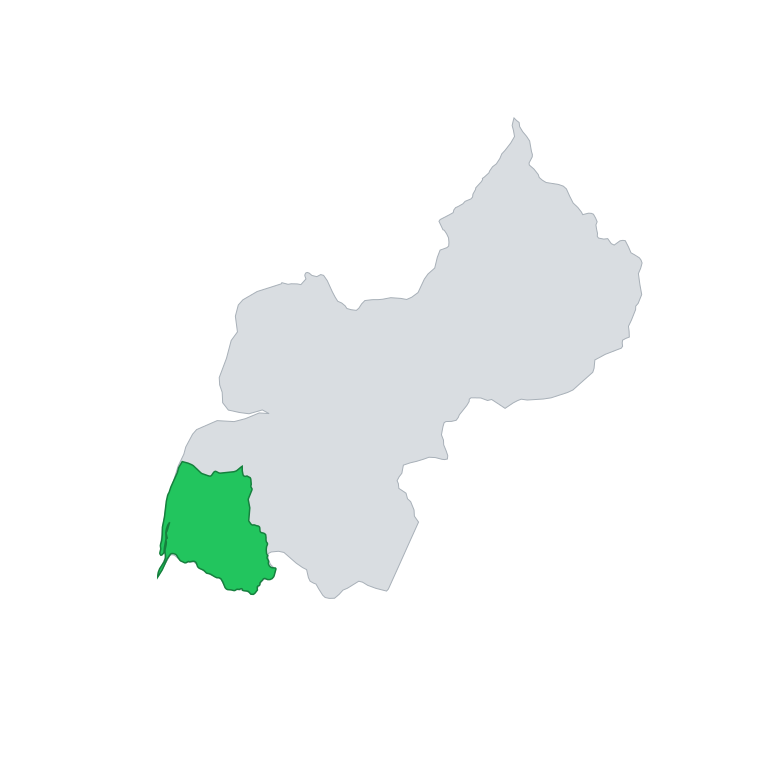 Barima-Waini highlighted on a map of Guyana, rotated 246°
{"feature_id": "GUY-675", "entity_name": "Barima-Waini", "entity_type": "Region", "adm_level": 1, "iso_a3": "GUY", "parent_name": "Guyana", "parent_adm1": "", "projection": "orthographic", "projection_center": [-59.909, 7.754], "detail": "fine", "context": "in_parent", "style": "filled", "palette": "green", "viewbox_px": 768, "rotation_deg": 246, "n_neighbors": 0, "source": "natural_earth", "source_scale": "10m", "svg_char_len": 6482}
<svg xmlns="http://www.w3.org/2000/svg" viewBox="0 0 768 768"><g transform="rotate(246 384 384)"><path d="M243.8,359.4L227.5,341.1L211.0,322.7L194.9,304.6L193.8,302.1L200.6,293.5L206.6,287.3L211.7,283.8L214.1,280.7L212.3,267.5L212.4,262.7L210.1,257.5L208.4,251.7L210.4,246.8L212.9,243.4L216.0,242.1L223.6,241.0L228.9,240.5L230.8,238.6L233.9,236.3L237.9,236.2L245.9,237.8L249.5,234.9L256.1,230.9L270.8,224.1L274.1,219.6L276.4,212.7L276.2,209.4L274.7,208.2L271.0,207.0L265.4,206.9L260.9,208.6L256.3,207.7L252.5,203.4L252.2,199.9L254.5,194.9L253.2,191.6L245.9,181.0L245.9,178.1L251.3,173.4L254.3,169.4L258.5,159.8L261.8,156.6L272.0,155.5L274.6,153.5L279.8,148.4L287.6,142.6L298.8,138.0L302.0,129.6L304.0,127.3L312.9,122.8L314.5,120.5L314.2,118.4L300.0,99.5L302.8,100.8L313.9,113.1L320.0,115.8L321.3,115.8L321.3,112.6L327.0,114.0L341.5,122.4L362.8,136.3L392.8,162.6L401.3,172.6L407.1,177.3L416.0,188.7L418.6,194.3L418.4,216.7L410.6,231.8L408.7,243.2L408.3,258.3L403.7,267.0L409.8,262.3L411.7,248.6L416.8,240.3L423.5,231.2L432.5,229.0L442.2,232.8L450.0,233.5L456.9,236.1L471.6,250.6L485.9,262.1L491.2,271.3L506.4,275.8L515.4,283.0L518.3,289.3L520.1,305.8L517.3,330.7L518.1,331.9L514.1,336.9L513.3,340.0L510.7,345.5L508.6,348.5L511.7,355.4L515.1,355.7L516.4,356.5L517.3,357.9L517.1,359.3L515.8,360.7L512.5,362.3L509.4,366.3L509.7,370.7L507.8,373.0L501.5,374.2L489.2,374.3L483.2,374.7L478.4,375.4L475.2,378.3L471.2,380.3L468.1,380.8L465.3,384.1L462.5,388.7L463.5,391.9L466.3,396.2L468.0,400.5L465.8,407.6L463.4,413.1L462.0,417.2L460.1,425.3L455.4,434.1L452.0,439.1L452.0,444.6L453.7,452.3L463.4,463.5L466.6,468.9L469.3,477.5L478.0,484.2L483.5,489.7L483.0,497.0L483.7,499.2L487.1,501.0L491.3,502.4L495.8,502.3L499.9,501.6L500.9,500.6L510.3,500.4L511.4,502.2L512.0,512.7L512.4,516.9L514.6,518.6L516.0,521.1L516.0,523.5L516.5,529.3L517.9,532.4L517.7,538.6L518.7,540.9L521.3,542.5L524.6,546.9L525.8,547.5L526.5,549.0L529.3,555.4L530.7,557.3L531.8,557.5L532.2,559.7L534.2,565.7L535.6,567.1L538.3,571.5L539.4,576.2L542.9,581.6L546.4,585.3L548.0,589.2L552.6,597.8L557.0,603.9L563.0,605.4L568.0,606.2L571.1,608.5L574.2,611.0L570.9,612.2L568.0,613.8L563.9,612.6L558.2,613.3L552.2,615.0L546.8,615.9L536.5,613.3L533.3,612.9L531.2,611.8L526.9,606.4L524.9,605.8L519.4,608.4L512.7,610.1L509.5,609.8L505.7,611.6L502.1,614.1L495.3,624.6L491.8,628.3L488.0,630.0L480.5,630.0L472.4,630.4L466.4,632.9L460.7,634.3L457.9,634.4L456.9,640.2L455.6,642.8L453.9,644.4L449.5,644.8L445.5,644.7L443.1,642.3L438.7,641.1L434.7,640.3L432.2,638.9L430.1,639.3L428.4,641.7L427.0,643.7L425.8,647.5L419.8,648.7L417.3,650.8L418.8,657.8L418.1,660.6L416.8,662.7L409.6,663.1L403.4,663.0L399.9,665.6L395.4,668.6L392.8,669.2L389.6,669.0L385.4,665.6L381.4,661.3L371.1,658.3L360.9,655.8L354.3,649.0L352.7,645.6L349.6,644.1L341.7,636.0L337.3,630.8L332.6,629.4L327.1,627.2L327.3,623.4L327.0,619.8L324.6,618.3L321.4,617.3L320.2,615.3L320.5,610.5L321.1,598.2L320.2,586.4L312.9,582.3L309.8,579.5L304.3,562.1L301.7,554.2L301.6,548.4L303.4,531.0L305.5,523.4L311.1,508.3L314.3,503.2L314.5,499.4L314.2,494.4L312.5,484.7L322.1,478.6L326.1,476.0L326.8,471.9L331.9,466.7L334.2,461.8L336.0,457.9L335.5,455.8L333.3,454.6L330.7,450.9L325.2,440.3L323.2,438.2L321.5,435.2L322.4,430.4L324.5,425.3L324.2,423.2L320.9,420.4L314.2,415.8L308.5,415.5L304.2,413.8L297.8,413.6L292.6,413.1L289.7,411.4L290.3,408.6L291.6,406.4L295.9,401.0L298.8,395.3L299.2,389.7L300.1,382.3L301.3,376.0L302.0,368.7L295.2,364.0L293.1,360.1L290.3,356.6L287.2,356.6L282.6,355.1L275.3,359.7L269.6,358.8L265.7,360.5L256.7,360.2L250.9,358.0L243.8,359.4Z" fill="#d9dde1" stroke="#a8b0b8" stroke-width="1"/><path d="M296.1,139.7L297.7,139.6L299.0,138.8L299.8,137.5L300.5,134.3L301.4,133.2L301.5,132.3L301.3,131.4L301.2,130.3L301.8,129.1L303.8,127.5L304.6,126.6L305.9,125.9L309.8,125.1L311.4,125.0L313.0,124.5L314.4,123.1L315.4,121.4L315.5,119.8L312.4,114.8L304.4,105.8L299.7,98.8L301.2,99.5L303.8,101.2L306.5,103.9L310.9,110.7L313.8,113.5L316.0,114.6L319.7,115.6L321.6,116.6L325.9,119.7L328.1,120.9L330.4,121.4L331.1,122.5L331.3,123.3L331.6,123.5L332.1,123.4L336.4,124.3L337.0,124.8L338.0,126.1L344.9,132.0L343.1,129.1L340.4,126.5L337.2,124.3L331.4,122.0L324.3,117.1L319.7,114.5L319.0,113.7L318.1,111.5L318.3,110.5L320.1,110.2L321.3,110.8L324.1,113.0L327.2,113.9L328.7,114.9L331.2,117.1L336.3,120.1L343.3,123.3L351.5,129.2L365.5,137.5L370.2,141.0L371.3,142.1L372.4,143.6L376.6,147.4L387.1,159.2L391.1,162.4L393.4,165.6L395.2,168.1L391.4,172.8L388.5,175.5L386.9,176.6L377.5,180.5L376.4,181.1L371.8,185.9L370.9,187.0L370.4,188.0L370.5,188.6L370.6,189.1L370.9,189.7L372.3,192.0L372.6,192.5L372.8,193.1L372.9,193.8L372.8,194.5L372.2,195.2L370.3,196.7L369.6,197.4L369.2,198.0L364.9,211.2L364.8,212.3L364.7,213.4L364.8,214.4L366.4,220.1L366.5,221.0L362.3,219.2L358.9,218.4L358.3,218.3L357.7,218.4L356.8,218.7L356.4,219.1L356.1,219.4L356.0,219.8L355.7,221.3L355.5,221.6L354.5,222.3L352.9,223.6L352.0,223.7L350.9,223.5L346.3,221.9L345.2,221.0L344.7,220.8L344.1,220.6L341.9,220.8L341.3,220.5L340.9,220.2L334.5,213.6L334.0,213.2L333.5,212.9L325.4,211.0L314.3,204.9L313.5,204.8L312.4,205.0L310.1,205.5L309.2,206.0L308.6,206.5L308.5,206.9L308.2,207.9L307.8,208.5L306.8,209.5L306.3,210.0L305.6,211.1L305.1,211.6L304.5,211.9L303.9,212.1L303.1,212.0L300.1,210.9L298.9,211.0L298.2,211.4L297.8,211.9L297.5,212.3L297.1,212.9L296.6,213.4L296.1,213.9L295.5,214.2L295.1,214.4L294.5,214.6L291.8,213.8L289.4,212.7L288.0,212.4L287.1,212.4L286.1,212.7L285.5,212.6L284.9,212.3L283.1,210.5L280.7,209.1L277.9,208.1L276.7,207.7L275.3,207.8L274.4,208.0L273.5,206.9L272.6,206.4L271.6,206.4L270.3,206.5L269.2,206.5L268.4,206.1L267.6,205.5L266.6,205.2L264.6,205.2L263.0,205.8L261.7,207.0L260.0,210.0L259.0,210.1L253.7,205.8L252.8,204.9L251.7,202.6L251.7,200.3L252.6,198.2L254.5,196.5L254.9,196.0L255.0,195.4L255.1,194.8L254.9,194.2L254.2,193.1L253.4,190.9L252.8,189.9L252.3,189.5L251.6,189.2L251.0,188.8L250.6,188.1L250.7,187.4L250.8,186.9L250.7,186.5L250.4,185.9L249.3,185.2L248.3,184.9L247.3,184.6L245.5,181.3L245.1,180.1L245.0,179.0L246.1,176.9L249.6,175.8L250.8,174.3L251.9,172.3L252.6,171.3L253.1,170.9L254.3,171.1L255.0,170.6L255.3,169.6L255.1,168.4L256.3,166.3L256.3,165.5L256.0,164.0L256.1,163.3L256.5,162.6L258.2,160.5L259.7,157.6L260.8,156.6L262.6,156.0L269.1,156.2L272.4,155.8L274.3,154.4L274.9,152.6L276.6,151.1L280.4,148.5L280.7,148.3L281.8,147.2L282.6,146.0L283.5,144.9L287.2,143.5L288.5,142.4L289.8,141.1L291.4,139.9L293.0,139.4L296.1,139.7Z" fill="#22c55e" stroke="#15803d" stroke-width="1.5"/></g></svg>